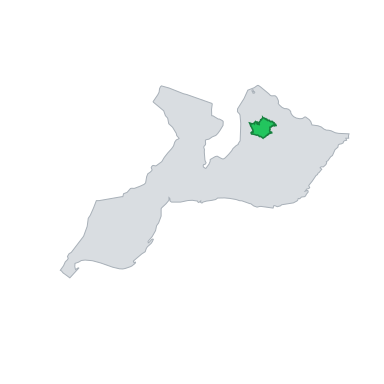 location of Majune, Niassa, Mozambique, rotated 39°
{"feature_id": "85939544B16952446601864", "entity_name": "Majune", "entity_type": "district", "adm_level": 2, "iso_a3": "MOZ", "parent_name": "Mozambique", "parent_adm1": "Niassa", "projection": "orthographic", "projection_center": [36.348, -13.329], "detail": "fine", "context": "in_parent", "style": "filled", "palette": "green", "viewbox_px": 384, "rotation_deg": 39, "n_neighbors": 0, "source": "geoboundaries", "source_scale": "gbopen_adm2", "svg_char_len": 7685}
<svg xmlns="http://www.w3.org/2000/svg" viewBox="0 0 384 384"><g transform="rotate(39 192 192)"><path d="M123.1,258.9L125.3,257.1L140.3,239.9L141.2,239.2L139.9,236.4L141.8,233.1L142.0,228.0L142.6,227.2L144.9,225.5L148.0,220.2L150.0,216.1L150.2,214.1L147.1,208.6L146.2,205.6L147.0,203.0L147.3,200.6L146.9,199.8L145.0,198.8L144.7,197.8L144.7,196.5L145.1,195.8L147.3,194.6L147.7,194.0L149.4,187.4L148.7,182.6L148.6,177.0L148.9,171.2L148.7,167.9L147.2,164.1L147.0,161.4L148.0,159.5L148.2,158.4L144.7,157.8L142.8,156.3L136.1,153.9L131.0,153.6L126.6,149.9L123.3,149.4L118.9,146.7L105.4,146.5L104.9,146.2L104.2,137.9L103.6,135.1L101.8,132.2L101.3,130.2L101.4,128.8L108.8,125.6L123.5,121.0L126.7,119.5L151.8,110.6L152.5,111.1L155.1,115.4L159.3,120.3L160.4,119.6L166.4,118.8L167.3,118.1L169.1,117.7L171.2,117.4L172.0,117.7L174.2,120.7L175.0,126.4L175.2,130.3L174.9,133.1L173.1,136.3L171.9,140.3L170.0,142.5L170.0,143.6L172.2,145.9L172.7,146.9L172.6,149.0L173.0,149.9L174.9,151.1L176.3,153.1L181.8,158.9L183.2,159.9L184.3,160.2L184.8,161.3L184.6,162.7L183.7,163.4L184.1,164.5L185.1,165.4L187.6,165.2L187.9,164.8L187.7,159.7L186.8,156.7L185.7,155.3L187.8,149.8L189.0,148.3L193.0,147.6L194.9,147.1L195.7,146.4L196.3,144.7L196.8,139.7L196.9,135.1L196.5,132.4L197.1,128.3L198.0,125.8L197.5,125.3L197.2,121.9L186.9,108.2L181.0,102.1L180.0,101.5L176.8,101.0L175.1,98.8L173.6,86.5L171.3,77.7L174.7,71.8L175.8,68.0L176.5,67.4L179.4,67.2L189.7,67.3L192.2,67.6L193.3,67.2L196.0,64.9L198.2,65.0L201.2,66.4L202.8,67.7L203.1,68.8L205.0,69.4L208.7,69.6L211.4,69.0L213.1,67.7L214.9,67.0L216.7,67.0L218.1,67.4L219.1,68.4L220.9,69.1L223.5,69.5L226.5,68.9L229.7,67.2L231.5,65.5L232.5,62.6L233.1,62.2L237.5,62.0L239.9,62.5L243.0,64.4L248.3,61.2L251.6,60.1L254.8,60.1L257.4,59.4L259.5,57.9L261.6,56.9L266.0,55.8L269.0,54.2L277.4,48.0L278.3,49.9L279.9,51.6L277.7,53.4L279.6,54.5L278.2,56.3L278.0,57.5L278.6,58.7L277.7,60.7L276.4,62.2L276.1,63.4L277.2,65.4L276.5,69.1L278.2,75.3L277.6,77.3L277.9,82.2L277.3,83.9L278.3,84.5L278.8,86.5L278.3,89.8L276.5,91.2L276.3,92.6L278.5,92.6L278.5,96.9L278.1,98.1L278.6,99.5L278.0,101.1L278.6,107.9L278.6,112.8L278.7,113.6L280.7,114.5L280.6,115.8L279.3,117.5L279.4,120.2L280.8,118.1L281.6,118.1L282.3,119.0L282.3,121.9L282.7,123.4L282.5,124.7L280.2,127.1L280.0,129.5L279.1,129.8L278.7,130.4L279.3,131.7L279.2,133.0L277.6,136.7L269.7,145.5L269.5,147.0L267.5,149.8L265.4,150.3L264.2,151.0L265.1,153.5L254.8,159.7L253.8,160.5L252.1,162.8L248.7,164.0L245.1,164.1L244.4,164.6L236.2,167.5L234.5,168.8L231.0,170.1L225.4,173.2L220.9,176.2L215.7,180.6L215.1,183.0L212.6,186.1L209.0,189.9L206.9,192.9L206.7,194.3L205.4,194.7L204.4,193.4L203.9,195.9L203.0,196.1L202.0,195.6L197.5,198.2L194.1,201.3L189.4,207.1L182.5,212.7L180.9,212.9L178.7,210.9L177.5,210.8L179.3,212.9L179.2,217.6L178.4,223.2L178.5,224.4L183.2,230.2L185.5,237.0L185.7,240.5L188.0,245.0L189.1,251.7L188.9,258.0L190.0,259.0L190.4,258.1L190.5,254.2L191.2,253.1L191.8,253.2L192.4,255.4L192.6,257.6L191.8,262.6L192.0,264.6L193.2,267.9L191.9,271.8L189.9,282.5L190.4,283.1L191.4,283.4L191.8,282.2L192.4,282.2L192.7,282.9L191.9,287.1L191.1,288.9L188.2,293.5L186.6,295.4L184.0,297.3L177.8,300.3L165.5,304.7L157.8,308.1L151.7,312.2L149.1,314.9L148.0,317.9L146.0,321.1L147.9,323.8L150.3,325.6L151.3,322.5L151.9,322.4L151.1,335.6L142.7,336.0L140.3,335.5L138.9,335.7L138.6,330.2L137.5,326.1L137.8,323.1L137.6,321.5L135.8,320.5L135.3,317.3L136.2,314.9L135.6,294.6L132.2,284.7L127.9,277.7L127.6,274.1L125.5,266.3L123.1,258.9ZM177.0,76.8L178.1,76.3L178.2,75.2L177.5,74.7L176.9,74.9L176.6,76.5L177.0,76.8ZM176.2,74.9L175.4,74.2L174.7,74.4L174.5,75.0L175.2,75.9L175.9,75.9L176.2,74.9Z" fill="#d9dde1" stroke="#a8b0b8" stroke-width="1"/><path d="M193.2,102.1L193.9,102.5L194.6,102.8L195.6,103.0L195.7,103.6L196.0,103.7L196.4,103.9L196.8,104.0L197.2,104.1L197.9,104.3L198.6,104.8L199.3,104.9L199.5,105.2L200.3,105.4L200.4,105.5L200.5,105.9L200.7,106.0L200.9,106.1L201.0,106.3L201.3,106.3L201.5,106.6L201.5,106.8L201.9,107.2L201.9,107.3L201.7,107.4L201.3,107.5L201.2,107.3L200.9,107.5L201.0,107.9L201.0,108.0L200.9,108.0L200.7,108.1L200.8,108.4L200.6,108.6L200.6,108.8L200.9,108.9L201.3,109.3L201.5,109.3L201.6,109.5L201.8,109.7L201.7,109.8L202.0,109.3L202.5,109.0L204.5,107.9L205.4,107.6L205.9,107.4L206.3,107.3L206.9,106.6L207.1,106.5L207.3,106.3L207.8,106.4L208.2,106.4L208.4,106.3L208.7,106.3L208.9,106.3L209.2,106.4L209.5,106.5L209.7,106.3L210.0,106.1L209.9,106.0L210.0,105.9L210.3,105.7L210.7,105.4L210.8,105.4L210.9,105.5L211.9,105.5L213.1,105.5L213.0,105.3L213.2,105.2L213.3,105.2L213.6,104.8L213.6,104.5L213.6,104.2L213.9,103.8L213.9,103.6L214.0,103.4L214.1,103.1L214.2,102.8L214.3,102.6L214.2,102.4L214.3,102.1L214.3,101.7L214.2,101.6L214.2,101.3L214.3,101.3L214.4,101.2L214.5,100.9L214.7,100.6L214.8,100.5L214.9,100.3L214.8,100.0L214.9,99.9L214.7,99.7L215.0,99.5L215.0,99.2L214.8,99.0L214.8,98.9L215.1,98.8L215.1,98.7L215.1,98.4L215.3,98.2L215.2,97.9L215.2,97.7L215.3,97.6L215.2,97.5L215.3,97.4L215.4,97.2L215.5,97.2L215.5,97.3L215.7,97.2L215.8,97.2L215.9,96.9L216.0,96.9L216.1,96.7L216.3,96.5L216.3,96.2L216.6,96.1L216.9,95.8L216.9,95.6L216.9,95.4L217.0,95.4L216.8,95.4L216.5,95.4L216.2,95.5L215.8,95.5L215.1,96.1L215.0,95.9L214.9,95.9L214.6,95.9L214.4,95.9L214.2,95.9L214.1,95.7L213.7,95.5L213.7,95.4L213.6,95.1L213.4,95.0L213.3,94.4L213.2,94.4L213.2,94.2L213.0,93.9L212.8,93.9L212.6,93.6L212.3,93.4L212.2,93.3L212.0,93.1L211.8,92.6L212.0,92.4L211.9,92.3L212.0,92.2L212.3,91.9L212.6,91.7L212.6,91.4L212.5,90.9L212.7,90.7L212.8,90.6L212.7,90.5L212.6,90.0L212.7,89.8L212.7,89.6L213.4,89.4L213.6,89.2L213.8,88.9L214.3,88.9L214.4,88.4L214.8,88.3L215.0,87.8L215.3,87.6L215.3,87.4L215.5,87.3L215.4,87.2L215.1,87.4L214.8,87.5L214.7,87.3L214.5,87.1L214.4,87.5L214.1,87.3L213.8,87.4L213.8,87.1L213.6,87.0L213.3,87.3L213.3,87.5L213.2,87.6L213.1,87.3L213.1,87.2L212.9,87.2L212.4,87.0L212.3,86.8L212.2,86.9L212.0,87.0L211.9,87.0L211.8,86.9L211.7,86.9L211.7,86.7L211.5,86.8L211.4,86.7L211.2,86.7L210.9,86.7L210.7,86.7L210.7,86.9L210.4,87.0L210.2,86.9L209.9,87.0L209.7,86.9L209.7,87.0L209.3,87.3L209.2,87.5L209.0,87.9L208.9,87.9L208.6,87.9L208.2,88.0L208.2,87.8L207.9,87.8L207.8,88.0L207.6,88.0L207.5,87.9L207.3,87.7L207.0,87.6L206.8,87.7L206.8,87.9L206.6,87.9L206.5,88.1L206.3,88.2L206.2,88.4L205.9,88.4L205.9,88.5L205.8,88.8L205.6,88.7L205.4,88.6L204.9,88.8L204.8,88.7L204.6,88.5L204.4,88.8L204.3,88.7L204.1,88.6L203.9,89.0L203.6,88.9L203.4,88.8L203.4,89.0L203.1,89.0L203.0,88.8L202.9,88.9L202.7,88.9L202.6,89.0L202.4,89.3L202.2,89.3L201.6,89.1L201.4,89.1L201.3,89.3L201.0,89.4L200.6,89.6L200.1,89.5L200.3,89.7L200.3,90.2L200.2,90.6L200.2,90.9L200.3,91.0L200.4,91.5L200.5,91.8L200.4,92.2L200.4,92.3L200.4,92.5L200.1,92.6L200.3,92.8L200.2,92.9L200.1,93.0L200.3,93.2L200.3,93.3L200.4,93.6L200.5,93.5L200.4,93.7L200.4,93.9L200.4,94.1L200.3,94.8L200.3,95.0L200.4,95.4L200.4,95.5L200.5,95.6L200.4,95.7L200.5,95.7L200.5,95.8L200.5,96.0L200.8,96.2L200.9,96.5L201.0,96.6L201.0,96.8L201.1,97.1L201.3,97.2L201.5,97.0L201.8,97.1L201.9,97.3L201.5,97.5L201.4,97.4L201.3,97.5L201.2,97.5L200.9,97.6L200.7,97.7L200.7,97.8L200.5,98.0L200.4,97.9L200.0,98.0L199.9,98.1L199.7,98.1L199.7,97.8L199.4,97.8L199.4,97.7L199.5,97.7L199.4,97.6L199.5,97.6L199.4,97.5L199.2,97.5L199.3,97.3L199.3,97.1L199.2,97.1L199.3,97.0L199.2,96.9L199.0,96.7L198.8,96.8L198.6,96.6L198.3,96.9L197.9,97.0L197.7,97.2L197.5,97.3L197.3,97.4L197.0,97.3L197.0,98.2L196.9,98.5L197.0,98.7L197.1,98.8L197.6,99.2L197.7,99.5L197.3,99.3L197.3,99.5L197.2,99.6L196.9,99.6L196.6,99.8L196.5,100.1L196.5,100.4L196.5,100.5L196.2,100.8L195.9,101.0L195.5,101.4L195.4,101.3L195.1,101.4L195.0,101.6L194.6,101.7L193.7,101.9L193.4,102.0L193.2,102.1Z" fill="#22c55e" stroke="#15803d" stroke-width="1.5"/></g></svg>